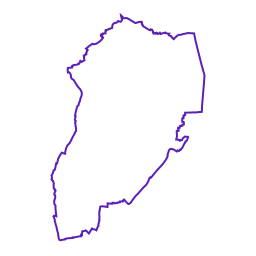 the district of Nakhon Chai Si, Nakhon Pathom, Thailand
{"feature_id": "78962969B40906880836111", "entity_name": "Nakhon Chai Si", "entity_type": "district", "adm_level": 2, "iso_a3": "THA", "parent_name": "Thailand", "parent_adm1": "Nakhon Pathom", "projection": "robinson", "projection_center": [100.173, 13.814], "detail": "fine", "context": "isolated", "style": "outline", "palette": "violet", "viewbox_px": 256, "rotation_deg": 0, "n_neighbors": 0, "source": "geoboundaries", "source_scale": "gbopen_adm2", "svg_char_len": 5594}
<svg xmlns="http://www.w3.org/2000/svg" viewBox="0 0 256 256"><path d="M121.0,15.4L121.1,16.1L121.6,17.8L121.6,18.3L121.9,18.9L122.0,19.4L122.0,19.9L121.7,20.5L120.5,21.8L119.5,21.5L118.6,21.1L118.1,21.0L117.6,21.9L116.6,22.5L115.6,23.0L114.8,22.9L113.6,23.5L113.1,24.1L112.5,25.1L112.2,26.8L112.2,28.0L111.8,28.2L111.4,28.1L110.8,28.3L109.5,29.0L109.2,28.9L108.7,29.1L108.1,29.6L107.6,29.6L107.4,29.9L105.7,30.1L105.8,31.2L105.4,31.3L105.5,33.4L103.0,33.5L103.0,34.1L102.4,34.8L101.4,34.2L101.0,34.6L100.8,35.6L101.9,36.0L102.0,36.2L101.6,36.7L101.6,36.9L102.1,37.2L102.9,37.3L103.1,37.8L102.6,38.4L101.9,39.3L99.8,41.4L96.9,43.4L95.9,43.8L93.8,44.3L93.4,44.2L92.8,43.8L92.3,43.8L90.6,45.1L89.1,46.0L88.5,46.6L87.2,47.6L86.5,48.3L86.0,48.6L86.2,48.8L87.4,49.4L87.6,49.7L87.7,50.1L86.9,50.7L86.8,50.8L86.8,52.0L86.5,52.8L86.3,53.1L85.9,53.3L86.0,53.6L86.4,54.3L86.2,54.5L84.4,55.1L83.7,55.8L83.8,56.0L84.3,56.6L83.9,58.0L84.2,58.7L84.3,59.6L84.5,60.3L82.7,61.2L81.7,62.0L81.1,61.6L80.5,60.8L80.3,60.8L79.3,63.7L79.0,63.8L78.5,63.6L78.3,63.6L77.9,64.4L77.6,64.5L75.3,64.9L73.3,65.1L72.9,66.0L72.0,66.1L72.1,67.5L67.9,68.0L67.9,68.3L67.7,69.0L67.7,70.6L67.9,72.5L69.0,72.3L69.3,72.4L69.6,72.7L70.8,74.8L70.9,75.6L71.0,77.4L71.3,78.1L72.4,79.2L73.5,79.8L73.8,80.2L74.9,81.9L75.8,83.6L77.4,85.9L78.3,87.2L80.1,89.2L80.7,90.1L81.6,91.8L81.8,94.2L81.4,96.2L80.9,97.5L80.4,98.5L80.0,100.8L79.5,101.9L79.4,102.3L79.2,102.5L78.8,103.5L78.6,105.2L78.4,105.4L77.3,106.2L76.4,109.3L75.6,112.7L75.6,113.1L75.3,114.1L75.4,115.1L74.9,115.7L75.0,115.9L75.6,116.4L75.2,117.5L75.2,118.8L74.9,119.8L75.1,120.4L75.8,121.2L75.7,121.5L75.1,122.2L76.0,128.3L76.1,130.9L75.2,132.0L74.6,133.6L73.1,136.3L71.4,139.6L71.1,140.6L69.9,142.4L69.6,143.2L68.6,144.1L67.5,145.3L67.1,146.2L66.6,147.1L66.1,148.3L65.9,149.1L65.6,150.3L65.5,150.9L65.3,151.5L65.2,152.2L65.2,153.7L64.8,153.8L61.8,152.6L60.2,154.9L58.1,159.0L57.1,163.4L56.2,163.3L55.4,167.4L54.9,169.5L54.7,169.8L53.5,170.4L53.6,171.0L53.2,171.9L52.8,173.4L52.6,173.8L52.2,174.2L51.6,175.5L51.8,175.7L51.8,177.0L52.1,178.1L51.6,179.1L51.5,179.4L51.7,179.8L52.0,180.1L53.1,180.9L53.4,182.2L53.8,183.1L53.6,184.9L53.8,188.5L54.7,189.0L54.8,189.2L54.7,190.1L54.9,190.2L55.4,190.3L55.6,190.7L55.5,191.0L55.2,191.4L55.0,192.1L54.3,193.5L54.3,194.0L54.6,195.1L55.1,195.2L55.3,197.6L55.2,198.0L54.6,199.9L54.2,200.5L54.2,200.9L54.3,203.7L55.6,206.0L55.4,207.6L56.3,216.2L55.6,215.9L54.3,215.6L54.0,215.7L53.5,216.4L53.9,216.9L54.0,217.6L54.7,219.5L54.8,220.9L55.3,222.5L55.7,224.7L56.2,225.9L57.1,230.0L58.0,233.3L58.2,234.7L58.2,235.7L58.5,236.5L58.6,237.8L59.7,240.6L59.7,240.3L61.3,240.1L61.5,239.9L65.2,239.4L65.2,238.9L66.9,238.4L69.0,238.2L72.7,238.0L72.7,237.4L74.7,237.3L79.7,236.3L81.1,236.3L81.0,234.8L82.0,235.0L81.9,234.2L82.3,231.3L82.4,231.2L83.6,231.1L84.9,230.9L85.4,230.7L85.7,230.4L86.6,231.0L86.9,231.4L88.9,233.5L91.6,229.2L92.0,228.5L93.0,229.2L95.1,229.6L96.4,230.3L96.8,229.3L97.1,228.2L98.0,226.5L98.5,226.0L98.4,225.4L98.4,224.9L98.3,224.3L98.6,223.8L98.8,222.7L98.9,221.8L99.3,221.1L99.3,220.7L99.5,220.3L99.3,219.6L99.2,218.6L99.4,218.3L99.5,217.9L99.2,213.4L99.6,210.5L99.8,210.3L99.8,209.2L100.3,206.6L101.7,206.3L103.0,206.3L107.5,207.0L107.6,203.4L111.2,203.7L112.2,203.7L112.4,202.8L114.0,202.8L114.2,203.3L117.3,203.0L117.3,202.6L119.8,202.3L119.8,201.5L122.9,201.4L122.9,200.7L123.8,200.5L123.7,199.7L124.0,199.5L127.0,202.9L128.4,204.0L128.8,204.0L129.2,203.8L130.3,203.1L130.7,202.7L133.1,199.2L136.2,195.3L138.0,193.7L138.9,192.6L143.4,187.5L145.6,185.4L146.7,184.1L147.3,183.1L148.7,180.3L149.3,178.3L150.3,178.0L150.5,177.2L151.2,177.4L156.5,170.9L162.9,163.9L166.3,159.1L166.7,158.3L167.7,155.9L167.7,155.5L167.5,154.5L167.9,153.7L169.0,150.3L169.3,149.8L169.8,149.3L170.2,149.1L170.8,148.9L171.4,148.9L172.4,149.1L174.0,149.7L176.9,151.5L177.6,150.4L179.1,151.0L180.1,149.5L180.7,149.8L182.4,147.6L184.6,143.1L185.3,142.6L185.3,141.7L187.0,140.4L188.1,137.1L188.0,136.9L187.4,136.8L184.7,136.6L184.2,137.2L183.1,138.0L182.7,138.6L182.0,140.0L181.1,140.1L180.7,140.3L180.4,140.1L179.9,140.8L179.2,140.3L179.3,140.1L179.2,140.0L178.5,139.7L176.2,139.5L176.8,137.2L177.0,135.9L176.8,133.8L176.7,131.6L176.8,131.0L177.6,131.0L178.7,130.7L178.4,129.0L178.0,128.9L178.1,127.7L179.2,127.8L179.7,127.8L180.0,125.9L181.1,125.7L181.4,126.0L182.4,125.7L182.4,124.7L183.9,124.4L183.7,122.0L182.2,121.8L182.3,118.3L182.4,118.2L183.5,118.2L183.4,116.5L183.7,116.4L183.6,115.4L185.1,115.1L185.0,114.5L185.1,114.3L185.0,113.6L185.1,112.7L188.2,112.6L191.9,112.5L193.9,112.3L195.3,112.5L199.6,112.0L200.7,112.0L201.8,111.9L202.1,105.2L204.0,82.6L204.5,75.6L204.4,75.0L202.8,69.3L202.6,68.2L201.5,64.6L197.5,48.7L195.3,39.7L194.1,33.4L190.2,33.2L188.8,33.1L188.4,32.9L185.4,33.6L182.8,34.1L180.7,34.8L179.0,34.8L177.5,35.5L177.2,35.7L176.1,36.8L175.1,37.4L174.6,38.2L173.8,39.1L173.6,39.2L173.0,38.4L171.9,37.6L171.7,36.9L171.1,36.5L171.0,36.0L169.2,35.5L168.8,35.2L168.6,34.5L169.1,33.7L168.0,33.6L167.2,33.5L166.7,33.3L165.2,33.1L165.1,32.6L162.8,33.2L160.7,34.0L160.4,33.3L159.9,32.7L159.1,33.4L158.8,33.8L157.7,33.9L157.2,33.1L156.3,33.6L156.2,32.8L154.8,33.1L153.8,33.7L153.6,33.7L153.0,32.7L152.9,32.2L153.2,32.0L153.1,31.4L152.4,30.5L152.2,29.8L151.9,29.7L151.8,30.0L151.7,30.0L150.6,29.4L150.2,30.2L148.6,29.6L142.9,26.0L142.8,25.2L142.2,24.9L142.1,24.6L142.3,24.3L142.3,24.1L141.9,23.5L142.0,22.7L141.7,21.8L140.4,22.1L140.0,21.8L139.6,21.8L138.7,22.0L137.5,22.5L135.4,23.1L128.3,18.8L127.7,18.6L126.9,18.1L125.9,18.0L124.8,18.3L123.3,18.2L122.9,18.0L122.8,17.9L122.7,17.0L121.0,15.4Z" fill="none" stroke="#5b21b6" stroke-width="2"/></svg>